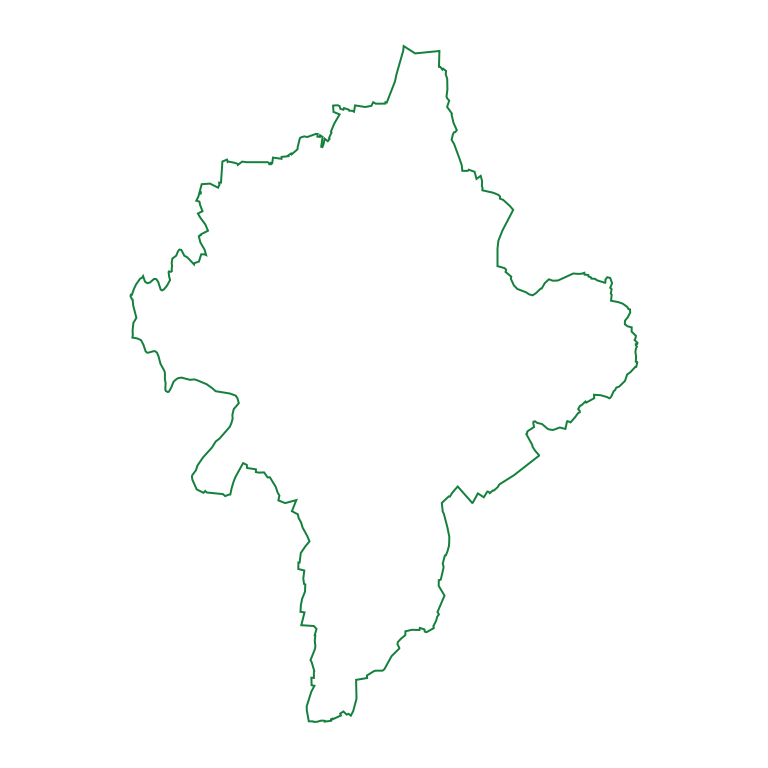 the district of Samko, Ang Thong, Thailand
{"feature_id": "78962969B27943810698325", "entity_name": "Samko", "entity_type": "district", "adm_level": 2, "iso_a3": "THA", "parent_name": "Thailand", "parent_adm1": "Ang Thong", "projection": "equal_earth", "projection_center": [100.248, 14.6], "detail": "fine", "context": "isolated", "style": "outline", "palette": "green", "viewbox_px": 768, "rotation_deg": 0, "n_neighbors": 0, "source": "geoboundaries", "source_scale": "gbopen_adm2", "svg_char_len": 6111}
<svg xmlns="http://www.w3.org/2000/svg" viewBox="0 0 768 768"><path d="M333.0,104.8L333.5,111.9L339.6,114.4L334.2,123.7L332.1,128.8L330.9,131.7L331.5,132.5L329.0,138.1L329.6,138.9L327.8,141.2L324.7,138.7L323.7,143.6L322.4,147.1L321.2,146.7L322.6,136.9L320.1,135.3L319.9,136.9L317.4,136.6L317.6,134.0L315.7,134.0L307.3,137.0L304.2,136.4L300.4,137.6L299.8,138.6L297.7,147.0L297.5,149.3L291.6,154.4L291.1,153.5L288.1,155.5L288.4,156.2L281.6,156.9L281.5,158.8L273.0,157.6L272.2,163.2L271.0,162.9L270.9,164.2L269.3,164.2L269.0,163.0L267.7,162.2L246.2,162.2L242.2,161.6L237.9,164.8L237.8,163.9L234.6,162.8L228.5,161.6L227.7,162.0L227.0,159.6L222.4,161.5L221.0,182.6L219.1,182.6L219.5,184.5L218.1,187.7L210.0,183.6L201.7,184.2L199.7,191.7L200.9,192.2L200.6,193.6L199.3,193.1L198.4,196.6L196.3,200.7L199.4,201.6L200.1,205.0L202.5,211.2L197.9,213.5L200.3,217.7L205.3,224.4L208.0,230.7L200.6,234.5L200.8,235.1L198.8,236.2L200.4,242.5L204.7,249.9L206.1,255.1L204.3,254.3L201.2,254.3L198.9,261.6L194.2,263.2L194.0,264.4L187.4,257.4L184.3,255.7L181.3,249.9L179.4,249.6L178.0,251.3L176.2,255.7L172.3,258.6L171.7,263.2L172.1,266.2L171.7,268.6L171.8,271.2L170.9,271.8L169.0,271.4L168.6,272.1L169.2,276.9L170.1,280.0L166.9,285.8L163.9,289.4L162.1,290.4L160.7,289.6L158.2,281.9L156.2,279.1L154.1,278.9L149.8,282.6L147.2,283.2L144.9,281.5L143.1,276.1L142.0,277.8L140.1,278.7L136.0,284.5L134.0,288.8L131.9,294.8L130.8,294.7L130.5,296.2L131.9,299.2L132.6,299.5L133.2,305.6L136.4,317.8L133.4,322.9L132.6,330.3L132.8,335.3L132.4,337.6L137.1,338.4L141.0,340.1L143.4,344.7L145.6,351.3L146.9,352.6L148.2,352.7L153.9,351.1L155.5,351.4L157.1,352.9L158.5,356.3L160.5,363.8L164.3,370.8L164.9,372.8L164.9,379.4L165.6,383.0L165.3,389.6L165.9,391.0L167.7,392.0L168.9,391.7L171.6,386.8L173.2,382.4L174.6,380.6L177.9,378.2L181.5,377.6L189.9,379.8L194.4,379.4L196.8,380.1L206.6,384.2L212.3,388.2L215.6,391.2L229.8,393.5L235.7,395.6L237.5,398.4L238.8,403.2L233.7,409.2L232.4,414.7L232.6,418.9L231.3,423.4L229.8,426.8L219.6,438.5L215.7,441.5L212.0,447.5L203.1,457.3L197.4,465.6L196.0,470.2L192.3,475.1L191.9,476.9L192.5,480.0L196.7,489.4L203.5,492.8L205.2,491.0L206.8,492.5L222.9,494.1L225.2,496.1L228.3,494.8L230.3,494.5L231.6,488.3L233.7,481.3L235.6,476.7L243.1,463.1L246.8,464.9L247.1,468.0L255.9,469.3L255.9,472.1L258.9,472.6L264.1,472.4L267.6,477.4L269.9,477.3L275.8,487.0L277.6,492.5L279.4,495.6L278.4,500.4L285.2,503.1L296.3,500.1L291.9,511.2L297.8,514.3L298.7,518.1L301.1,522.5L302.6,527.6L307.2,535.9L309.5,541.4L305.3,546.4L300.8,553.0L299.6,562.6L298.4,562.5L298.3,569.0L304.3,570.5L303.3,578.4L304.0,583.9L305.3,584.4L305.0,591.7L302.2,598.6L300.9,604.9L300.5,611.8L304.5,612.4L301.3,625.2L313.8,626.0L316.5,628.9L314.7,635.3L315.3,635.5L314.8,640.9L315.4,646.4L314.8,649.4L310.5,660.1L311.7,662.2L314.3,671.1L313.9,671.6L313.9,677.9L311.4,677.7L311.6,685.2L314.4,685.8L311.3,691.7L306.7,706.3L306.8,710.4L308.8,721.3L312.9,721.3L313.6,721.9L317.0,721.8L321.3,720.6L324.2,720.7L324.9,720.9L324.8,721.6L331.1,720.8L331.0,719.3L332.4,718.7L332.6,719.3L340.9,715.5L340.2,713.6L343.4,711.5L346.7,714.6L348.5,713.8L350.8,715.7L353.2,711.1L356.5,698.7L356.1,679.9L367.1,678.0L366.9,675.5L373.9,671.2L375.4,670.7L382.5,670.7L384.4,669.2L391.6,656.1L399.3,648.5L399.3,647.9L397.5,644.2L397.8,642.1L401.0,638.7L405.3,635.1L405.4,631.3L411.9,629.8L419.4,630.0L419.9,627.9L424.5,629.5L424.7,631.6L426.5,632.2L433.8,628.1L433.4,626.1L436.2,620.6L437.2,616.7L438.9,614.4L437.5,612.0L444.5,595.6L438.7,585.9L438.8,580.1L440.5,579.8L440.9,579.2L443.5,567.8L443.5,566.3L442.7,563.7L444.9,555.5L445.8,555.3L447.4,551.6L448.9,546.2L449.2,542.4L449.3,536.7L447.4,527.4L443.9,513.9L442.7,511.4L441.8,502.9L448.8,496.4L449.9,496.6L452.2,492.8L457.7,486.5L472.2,502.9L472.7,502.8L477.9,493.4L483.8,497.3L487.3,491.6L488.6,491.8L489.8,493.2L492.8,490.5L493.8,490.6L497.7,487.1L499.4,484.4L514.0,475.2L539.0,455.7L538.8,454.9L535.5,451.2L532.6,446.9L532.2,444.8L526.3,434.1L527.2,433.3L527.1,432.1L527.9,431.0L534.1,427.0L533.3,423.4L533.5,421.7L535.0,421.3L537.2,422.9L542.0,424.0L547.5,428.7L549.0,429.4L553.0,430.0L559.8,427.5L565.4,428.9L567.0,421.5L567.6,421.1L570.5,422.4L574.8,417.6L578.0,413.2L579.8,412.3L579.8,411.2L578.2,409.0L580.0,405.8L581.7,405.1L585.4,401.5L586.2,402.6L594.2,398.2L594.0,394.8L600.6,395.2L607.2,397.1L609.3,398.3L610.2,397.9L611.6,395.9L613.6,391.3L615.0,390.2L616.3,387.6L619.2,386.6L625.0,380.9L627.2,374.4L630.4,372.2L635.2,367.0L636.2,366.9L637.3,362.4L637.1,361.9L635.8,361.7L636.1,356.6L635.4,351.8L636.0,348.5L636.9,346.6L635.8,345.3L635.8,344.1L637.1,344.0L637.5,342.9L634.6,340.0L635.7,337.5L635.9,335.8L631.6,331.6L631.7,327.3L627.8,326.4L625.0,324.4L624.8,323.3L625.1,320.5L627.7,317.4L630.2,312.5L630.0,309.4L628.5,309.1L627.4,307.1L622.8,303.7L618.2,302.1L611.0,300.7L611.7,294.8L610.8,293.6L611.6,289.1L610.2,287.8L612.1,283.2L610.2,278.0L607.3,277.2L605.4,279.7L605.5,281.8L605.1,282.8L597.0,280.3L595.0,278.8L591.4,278.6L591.1,277.5L588.5,276.5L588.3,275.0L584.5,274.6L584.3,272.8L581.8,273.7L578.2,273.9L573.3,273.5L558.0,280.5L552.8,280.7L548.9,279.3L544.8,283.1L541.7,288.5L540.7,288.6L535.9,293.2L532.7,295.3L529.2,294.4L526.1,292.3L517.4,289.0L513.9,285.4L510.8,278.7L511.3,276.7L505.5,271.9L506.2,270.0L505.3,268.8L504.5,268.1L497.5,266.1L497.5,248.6L498.4,240.7L502.4,230.6L513.2,209.9L509.9,206.0L503.2,199.9L499.9,198.6L500.1,196.6L498.6,195.0L493.4,192.8L482.4,190.3L482.5,187.7L481.9,186.3L482.1,181.1L480.7,175.9L476.5,178.9L474.6,171.8L468.8,169.7L468.3,170.5L467.2,170.9L462.3,170.8L461.8,165.5L459.7,159.2L454.1,144.0L451.6,139.8L452.9,134.3L454.0,132.3L455.3,132.1L456.8,130.1L453.5,122.9L451.6,114.6L451.9,113.6L447.1,106.9L449.2,100.6L447.3,98.5L446.5,96.6L447.4,89.5L447.2,78.7L445.7,74.4L446.1,71.0L443.1,68.7L442.4,69.6L440.4,67.0L439.0,66.8L439.4,51.0L415.1,53.4L403.7,46.1L403.2,50.8L396.5,74.2L395.0,81.4L386.8,102.5L385.5,102.2L385.3,103.6L375.8,103.7L373.2,102.2L371.3,105.9L365.1,107.0L355.1,105.4L354.0,111.7L352.3,110.8L349.2,110.7L348.8,109.7L344.0,108.1L343.4,109.7L340.3,108.8L339.6,106.2L337.9,105.3L333.3,105.5L333.0,104.8Z" fill="none" stroke="#15803d" stroke-width="2"/></svg>